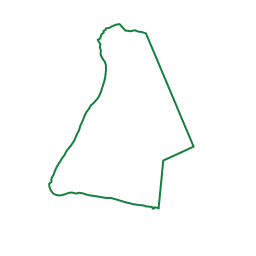 outline of Ngebeianged, Palau, rotated 297°
{"feature_id": "81905179B65158388744507", "entity_name": "Ngebeianged", "entity_type": "district", "adm_level": 2, "iso_a3": "PLW", "parent_name": "Palau", "parent_adm1": "", "projection": "orthographic", "projection_center": [134.133, 6.918], "detail": "fine", "context": "isolated", "style": "outline", "palette": "green", "viewbox_px": 256, "rotation_deg": 297, "n_neighbors": 0, "source": "geoboundaries", "source_scale": "gbopen_adm2", "svg_char_len": 1410}
<svg xmlns="http://www.w3.org/2000/svg" viewBox="0 0 256 256"><g transform="rotate(297 128 128)"><path d="M141.2,194.9L220.4,101.1L219.8,97.0L218.4,92.8L218.3,90.1L217.5,88.8L215.3,86.3L214.2,82.6L213.6,81.5L216.7,73.5L216.1,72.3L214.5,70.4L213.1,69.0L208.5,65.7L206.7,63.1L205.1,63.4L203.5,62.2L202.0,63.0L198.9,61.9L197.0,62.2L195.4,62.6L194.1,62.0L193.0,61.1L191.7,62.5L190.9,64.2L190.1,65.4L187.5,66.0L185.0,68.4L182.1,69.8L180.7,70.4L178.6,73.4L177.2,75.7L176.8,76.9L174.4,79.4L173.4,80.1L172.0,80.8L169.3,82.2L163.5,84.4L160.0,85.4L156.2,86.1L147.5,87.5L145.1,87.7L142.8,87.7L141.0,87.6L136.7,86.6L134.4,86.0L131.6,84.7L126.7,84.4L123.7,83.8L121.3,83.7L118.8,83.8L114.4,84.3L108.0,84.5L104.4,85.3L103.2,85.4L99.0,85.3L92.0,85.8L86.9,85.2L80.9,83.9L79.0,83.6L75.2,83.7L73.8,83.4L72.2,83.1L61.0,82.2L57.5,82.3L55.8,82.5L52.0,82.9L50.2,82.7L48.2,82.7L45.2,84.2L42.4,83.1L40.0,84.6L37.4,87.5L36.6,89.1L35.8,90.9L35.6,92.7L35.8,94.3L36.1,95.9L36.7,97.4L37.7,99.1L40.0,101.6L41.8,103.2L43.4,104.9L44.7,106.7L45.2,107.8L45.6,109.9L46.3,112.0L48.0,113.6L48.9,116.1L49.4,118.4L49.9,121.7L50.3,123.3L53.6,133.5L55.6,139.9L57.3,143.3L57.9,144.7L58.9,149.3L60.9,160.7L61.7,163.2L62.2,166.4L64.8,174.0L65.8,176.3L66.3,178.2L66.3,179.9L67.1,181.1L67.5,182.9L68.4,184.5L68.4,185.9L67.4,186.6L68.1,187.6L69.5,187.9L70.1,190.0L70.4,191.7L115.0,174.2L141.2,194.9Z" fill="none" stroke="#15803d" stroke-width="2"/></g></svg>